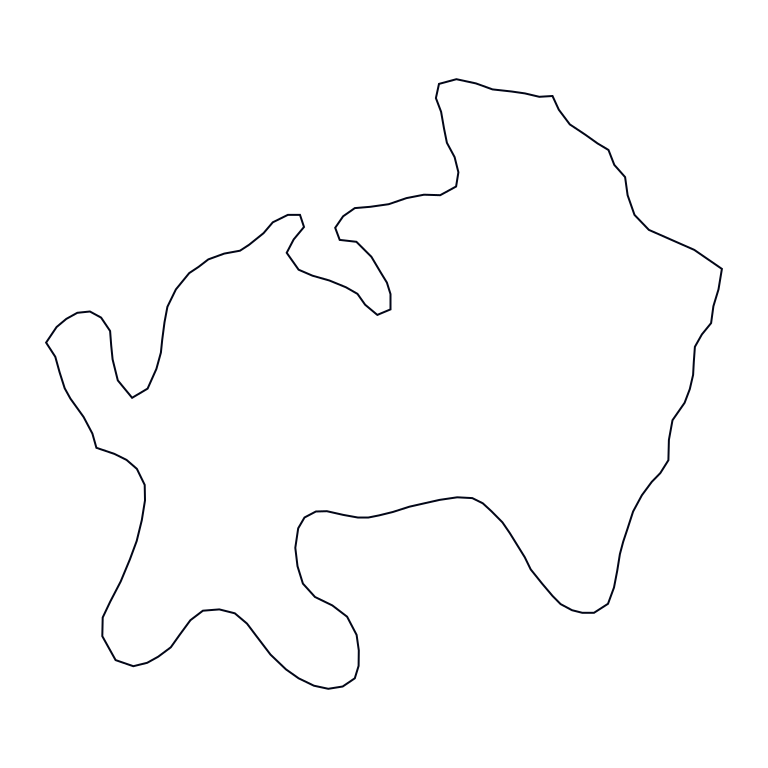 outline of Piratuba, Santa Catarina, Brazil
{"feature_id": "56859067B2926669482490", "entity_name": "Piratuba", "entity_type": "district", "adm_level": 2, "iso_a3": "BRA", "parent_name": "Brazil", "parent_adm1": "Santa Catarina", "projection": "robinson", "projection_center": [-51.784, -27.46], "detail": "fine", "context": "isolated", "style": "outline", "palette": "ink", "viewbox_px": 768, "rotation_deg": 0, "n_neighbors": 0, "source": "geoboundaries", "source_scale": "gbopen_adm2", "svg_char_len": 2229}
<svg xmlns="http://www.w3.org/2000/svg" viewBox="0 0 768 768"><path d="M96.4,447.8L114.4,453.9L126.5,459.9L136.9,468.9L144.7,484.9L145.0,500.4L141.8,520.2L136.7,541.0L129.9,559.4L120.7,581.5L110.2,601.7L102.7,617.5L102.3,636.2L115.6,660.1L133.3,666.2L147.2,662.8L158.2,656.7L170.8,647.3L179.6,634.9L190.4,620.2L202.9,610.7L219.3,609.4L234.8,613.3L247.0,623.6L255.5,634.9L270.5,654.6L286.0,669.4L298.6,678.3L313.9,685.7L328.3,688.8L342.7,686.5L354.8,678.3L358.6,665.9L358.8,650.4L356.6,634.9L347.1,616.7L332.3,605.4L315.0,597.0L302.9,583.6L297.5,566.2L295.3,547.8L298.2,528.3L304.5,517.5L315.9,511.5L326.9,511.2L343.3,514.9L357.7,517.5L368.5,517.5L379.0,515.4L392.8,512.0L409.4,506.7L424.4,503.3L439.5,499.9L457.2,497.3L472.3,498.1L482.8,503.3L491.4,511.2L502.4,522.3L509.8,533.1L516.8,544.4L524.8,557.3L530.7,569.4L542.1,583.6L552.5,595.9L560.6,604.1L572.0,610.2L582.3,612.8L594.0,612.8L608.0,603.8L614.0,587.5L617.2,570.9L619.9,554.1L623.2,541.7L627.5,528.8L633.1,511.5L641.9,495.2L651.8,481.8L660.3,473.1L668.4,460.2L668.9,439.9L672.5,420.2L684.6,402.8L689.8,389.1L693.1,374.9L693.8,362.0L694.9,346.8L701.9,334.4L711.1,323.1L713.4,306.2L718.5,289.4L721.9,268.9L694.3,249.9L648.9,229.9L634.5,214.9L627.6,195.2L625.1,177.1L614.3,164.9L608.5,150.0L597.5,143.4L585.3,134.7L569.8,124.4L558.8,109.7L552.5,96.0L539.3,96.8L524.9,93.4L511.6,91.5L492.5,89.4L475.9,83.4L456.4,79.2L439.0,83.9L435.9,98.1L441.1,111.8L444.0,128.4L446.9,142.8L454.6,157.1L458.4,172.3L456.1,186.5L440.2,195.2L424.0,194.7L406.5,198.1L388.7,204.2L370.3,206.8L354.8,208.1L343.1,216.3L335.2,227.8L339.7,239.9L356.4,241.8L371.4,256.8L380.6,272.3L386.9,282.6L390.5,294.1L390.5,309.4L377.3,314.9L365.1,304.7L357.5,293.9L346.0,287.3L329.4,280.5L312.5,275.7L298.6,269.7L286.7,252.8L293.7,239.4L304.0,227.0L300.0,214.9L287.8,214.9L272.8,222.3L263.6,233.1L249.2,244.7L240.0,250.7L224.2,253.6L208.3,259.4L198.4,267.0L189.2,273.1L175.9,289.4L167.4,306.8L164.5,322.3L162.2,339.9L160.9,352.6L156.4,368.9L147.6,388.6L132.1,397.8L117.8,380.4L112.6,359.4L111.2,345.5L110.1,331.0L101.1,317.6L89.9,311.5L77.3,312.8L66.3,318.9L56.6,327.0L46.1,342.6L55.3,356.8L59.6,372.3L64.7,388.3L70.4,398.6L83.6,417.0L92.4,433.6L96.4,447.8Z" fill="none" stroke="#020617" stroke-width="2"/></svg>